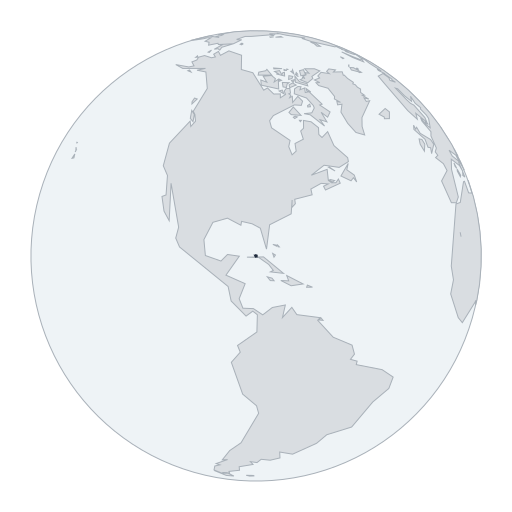 globe centered on Artemisa, rotated 16°
{"feature_id": "CUB-1429", "entity_name": "Artemisa", "entity_type": "Province", "adm_level": 1, "iso_a3": "CUB", "parent_name": "Cuba", "parent_adm1": "", "projection": "orthographic", "projection_center": [-82.681, 22.816], "detail": "fine", "context": "on_globe", "style": "filled", "palette": "slate", "viewbox_px": 512, "rotation_deg": 16, "n_neighbors": 0, "source": "natural_earth", "source_scale": "10m", "svg_char_len": 9424}
<svg xmlns="http://www.w3.org/2000/svg" viewBox="0 0 512 512"><g transform="rotate(16 256 256)"><circle cx="256" cy="256" r="225" fill="#eef3f6" stroke="#a8b0b8"/><path d="M273.5,312.1L268.1,309.9L263.0,316.5L244.5,306.1L237.6,293.0L180.0,268.4L173.9,260.9L173.7,249.6L154.3,209.5L162.8,246.0L155.2,238.2L149.2,224.7L152.7,222.1L148.7,203.0L142.0,194.8L141.7,171.4L155.5,144.5L157.6,149.5L160.7,143.1L158.2,136.7L155.8,134.2L163.0,108.4L157.1,92.9L148.1,93.7L155.7,89.6L133.9,95.9L126.1,94.1L139.3,92.8L144.0,90.3L140.9,87.1L145.1,83.9L146.0,80.7L151.3,77.5L158.6,77.7L162.1,75.8L159.7,73.7L163.5,69.7L166.5,72.9L173.4,66.3L186.8,67.0L190.5,80.8L202.4,80.7L217.7,94.5L220.7,91.3L228.4,95.4L234.7,93.5L235.8,97.2L239.9,92.6L237.7,89.7L238.8,86.8L242.3,85.6L244.3,89.9L242.8,91.1L245.2,91.8L244.7,94.6L246.9,92.5L248.9,98.3L252.2,91.0L258.1,94.3L258.0,98.7L251.2,100.2L234.0,116.2L231.8,122.2L235.6,128.5L256.9,135.5L257.3,141.8L262.8,148.8L265.7,144.1L262.5,137.1L269.3,130.7L264.5,123.5L266.5,120.1L264.3,112.6L272.0,111.8L280.7,115.4L282.9,121.9L286.8,123.9L290.6,116.7L300.5,128.4L317.0,136.2L318.8,139.8L311.5,147.9L296.4,150.0L286.9,163.1L300.5,153.1L304.7,163.4L308.5,164.8L312.6,163.6L314.0,159.3L316.9,162.8L304.6,173.4L301.7,170.3L305.6,166.8L298.6,168.2L290.3,176.5L293.1,181.7L277.6,190.8L279.4,194.9L277.1,199.5L275.3,192.2L278.2,205.8L260.5,222.2L264.2,246.5L252.5,228.1L243.4,226.1L232.6,226.7L233.0,230.6L218.1,227.5L205.3,235.5L201.4,254.6L207.2,269.5L223.7,270.5L228.2,262.4L240.0,260.8L232.4,282.7L253.2,285.6L251.6,301.7L257.8,309.8L268.0,307.3L278.7,310.7L285.9,301.0L297.7,295.0L298.4,307.9L304.6,295.5L311.4,301.1L334.6,297.6L333.0,300.8L352.6,312.8L372.9,315.2L377.7,323.2L375.3,329.3L382.2,329.2L382.3,332.8L408.6,330.5L421.2,334.6L420.2,346.7L408.5,364.1L395.1,394.0L373.3,408.3L365.9,419.3L345.8,436.4L332.8,437.9L334.7,443.5L325.9,448.4L317.0,450.0L313.9,454.3L307.3,455.2L310.6,457.2L297.9,463.2L299.2,466.5L289.4,470.5L290.5,472.1L287.5,472.3L283.9,473.2L282.9,474.1L274.6,473.2L274.3,469.2L278.9,466.7L274.9,466.5L284.8,459.5L279.8,461.2L284.4,450.2L293.1,439.7L301.9,406.5L297.8,399.8L281.3,392.5L261.6,365.0L267.4,352.8L262.9,347.1L277.8,328.8L273.5,312.1ZM52.2,212.8L53.7,207.8L53.9,211.9L52.2,212.8ZM53.9,204.1L53.5,205.9L53.7,204.3L53.9,204.1ZM53.6,202.5L53.8,203.7L53.3,202.8L53.6,202.5ZM52.9,201.0L53.3,201.6L53.2,201.7L52.9,201.0ZM263.5,254.8L287.2,265.1L274.2,267.3L276.6,265.1L270.5,260.6L259.2,256.7L247.6,259.6L263.5,254.8ZM52.5,197.1L52.5,196.0L53.0,196.1L52.5,197.1ZM273.1,240.9L269.0,240.2L272.9,239.9L273.1,240.9ZM154.1,133.7L157.7,137.0L158.4,144.2L154.9,141.8L154.1,133.7ZM153.4,121.1L156.2,121.3L152.5,127.5L152.0,125.4L153.4,121.1ZM140.8,95.5L142.9,97.1L139.4,96.7L140.8,95.5ZM145.2,80.9L143.3,81.6L144.6,79.7L145.2,80.9ZM260.3,113.6L262.3,113.1L261.6,114.7L260.3,113.6ZM257.4,110.9L255.3,113.2L253.6,112.3L255.0,110.9L257.4,110.9ZM153.8,73.2L156.5,70.3L155.0,73.2L153.8,73.2ZM260.5,108.4L250.9,110.4L248.1,108.9L250.8,102.5L260.5,108.4ZM158.9,68.7L165.3,62.4L161.5,63.1L175.8,58.2L165.6,64.8L164.4,68.1L162.4,67.2L158.9,68.7ZM235.5,89.3L238.0,92.4L232.7,91.0L235.5,89.3ZM231.8,89.2L214.0,90.3L212.1,85.5L218.5,85.9L213.4,81.2L221.2,78.2L225.8,80.2L225.5,83.7L228.7,80.0L231.8,89.2ZM182.7,56.8L185.3,55.6L183.9,57.0L182.7,56.8ZM238.8,85.6L235.4,86.0L233.5,81.9L240.0,80.3L238.5,82.1L238.8,85.6ZM208.2,81.5L208.0,78.5L214.3,75.2L215.0,73.6L221.3,77.8L208.2,81.5ZM240.7,82.4L243.4,79.6L247.5,80.6L242.0,84.9L240.7,82.4ZM230.2,81.6L229.6,79.6L232.1,80.1L230.2,81.6ZM263.4,83.2L259.4,83.4L258.0,81.2L263.4,83.2ZM244.1,78.6L242.7,78.3L241.7,77.5L244.2,76.0L244.1,78.6ZM225.3,75.4L227.9,74.8L223.0,73.5L227.5,71.3L230.9,74.6L231.3,72.3L232.7,71.6L233.9,75.1L225.3,75.4ZM243.8,72.4L249.7,76.4L257.5,76.3L258.9,78.2L246.0,78.1L243.8,72.4ZM237.9,73.6L241.9,73.2L241.6,75.5L238.7,77.3L237.9,73.6ZM229.4,68.7L221.6,71.2L221.1,70.4L229.4,68.7ZM246.2,71.8L244.7,70.9L246.8,71.5L246.2,71.8ZM234.6,69.1L231.9,69.9L231.5,69.0L234.6,69.1ZM244.1,68.5L245.9,69.7L244.0,70.8L244.1,68.5ZM239.8,68.3L239.8,66.9L242.2,70.5L238.6,68.9L239.8,68.3ZM234.6,68.1L233.5,67.8L235.8,67.8L234.6,68.1ZM250.2,63.8L253.7,68.1L249.5,70.4L246.7,65.9L250.2,63.8ZM287.9,475.1L275.0,473.7L282.5,474.4L289.2,472.5L295.4,473.6L287.9,475.1ZM307.0,469.5L313.8,467.7L315.0,467.9L310.6,469.3L307.0,469.5ZM422.6,104.3L420.6,102.2L416.8,98.2L422.6,104.3ZM399.4,82.3L399.4,82.2L398.2,81.3L399.4,82.3ZM396.5,79.9L398.1,81.3L411.5,93.1L414.1,95.5L421.8,104.2L426.8,109.2L431.0,114.3L424.1,107.9L420.3,104.0L412.4,101.1L417.1,105.8L424.9,109.1L425.1,110.3L431.5,117.7L426.7,113.0L417.0,109.1L420.1,118.9L434.2,143.5L433.9,149.6L429.1,150.9L413.7,132.7L416.1,121.2L410.7,115.6L401.5,111.9L403.0,109.1L399.6,106.5L399.6,102.5L391.1,92.4L389.9,88.3L378.3,80.6L376.1,77.8L383.6,82.9L388.1,84.7L384.0,76.2L380.8,73.5L373.6,69.4L373.4,68.1L366.9,65.3L360.5,59.9L362.9,64.5L354.5,61.0L346.1,56.2L343.8,56.2L357.4,64.1L362.5,66.7L366.1,67.4L380.2,76.4L383.4,80.3L370.3,74.8L373.4,80.1L361.8,74.4L332.1,54.9L323.9,49.4L327.8,45.6L334.5,48.0L336.4,50.3L342.2,50.5L338.1,49.3L337.9,48.5L329.9,45.7L329.3,45.1L322.5,43.9L320.9,42.8L325.3,43.5L312.0,39.5L306.6,37.4L303.9,36.9L302.5,37.0L296.5,34.8L294.7,34.6L296.0,35.1L293.3,35.2L286.2,34.8L284.6,34.0L286.9,34.0L289.3,33.5L295.7,34.3L294.3,34.0L288.3,33.2L285.4,33.8L281.6,33.8L282.0,33.1L281.6,33.4L279.2,33.2L275.2,32.5L274.3,33.2L250.1,34.6L240.1,34.2L243.1,32.9L224.5,35.4L214.6,36.1L215.8,36.4L207.6,38.7L210.6,38.4L210.6,38.8L191.0,46.2L185.1,47.9L178.0,52.9L178.6,53.2L182.6,52.1L175.8,58.2L161.5,63.1L160.8,62.0L152.3,66.4L152.0,63.5L147.9,63.6L152.5,58.7L148.8,59.8L145.9,61.5L138.7,64.8L133.9,66.7L150.6,57.4L160.3,56.1L157.5,55.6L161.9,53.6L163.3,52.4L161.0,52.6L158.3,53.8L173.5,46.4L188.4,41.1L203.6,36.9L219.0,33.8L234.6,31.7L250.3,30.8L266.0,30.9L281.7,32.2L297.3,34.5L312.7,38.0L327.7,42.4L342.5,48.0L356.8,54.5L370.6,62.1L383.9,70.5L396.5,79.9ZM480.6,238.6L480.5,236.9L480.6,242.7L479.6,237.9L479.2,240.4L472.7,263.2L467.4,259.5L453.6,238.8L452.4,224.5L446.5,211.9L433.9,150.9L437.6,148.2L435.0,127.4L435.8,126.7L443.0,136.7L446.5,136.0L439.5,125.3L439.0,124.6L448.7,139.2L457.2,154.6L464.5,170.6L470.5,187.1L475.2,204.0L478.6,221.2L480.6,238.6ZM445.7,176.9L447.8,180.9L445.7,176.9ZM335.3,297.4L338.2,299.4L334.5,300.1L335.3,297.4ZM272.6,272.9L277.5,272.9L280.2,274.8L276.5,275.7L272.6,272.9ZM313.4,269.8L318.9,270.4L313.3,272.1L313.4,269.8ZM290.9,266.3L309.0,269.9L298.0,274.9L286.6,272.7L294.3,270.9L290.9,266.3ZM271.3,248.9L274.4,249.7L273.6,252.2L271.3,248.9ZM275.9,240.8L274.8,241.1L273.1,239.1L275.9,240.8ZM305.4,162.8L306.5,162.0L310.8,161.8L309.1,163.8L305.4,162.8ZM328.1,151.1L332.4,157.1L328.1,153.9L326.6,157.5L315.6,155.7L319.1,141.6L319.5,148.1L328.1,151.1ZM302.0,150.3L308.6,152.5L301.3,150.7L302.0,150.3ZM380.5,98.5L383.3,98.2L387.4,101.9L389.0,108.8L383.0,103.3L380.5,98.5ZM386.3,97.2L372.9,90.8L371.4,86.8L374.5,90.0L374.9,88.0L380.0,92.8L391.7,95.9L396.1,99.6L396.6,109.2L394.0,103.8L391.4,104.1L386.3,97.2ZM341.0,87.1L335.2,85.8L339.5,78.6L344.5,80.7L346.4,87.2L341.6,88.6L341.0,87.1ZM267.2,97.5L264.7,98.5L264.1,97.2L265.8,95.2L267.2,97.5ZM261.7,83.5L277.7,91.8L275.6,93.3L287.5,97.1L286.6,102.8L279.0,99.9L287.2,107.5L279.9,107.3L286.1,112.2L269.2,105.3L263.0,105.9L270.2,103.0L271.2,97.7L269.7,95.6L261.0,90.2L248.1,89.5L247.0,84.7L249.6,81.5L252.6,80.9L252.4,84.1L256.4,81.1L258.3,85.3L261.7,83.5ZM281.1,55.2L279.7,57.8L288.1,55.2L290.1,58.2L291.0,57.8L295.1,60.1L301.7,62.2L301.6,63.8L304.2,64.0L307.0,65.8L310.5,66.7L311.5,70.0L315.9,71.5L313.9,72.2L321.2,74.1L316.3,74.3L319.4,77.0L322.5,75.4L319.7,93.7L322.3,102.3L327.1,109.7L318.0,109.7L307.6,103.2L298.0,94.3L296.8,86.4L292.8,88.2L291.1,85.1L294.9,85.0L288.0,83.4L287.6,81.0L279.0,74.9L269.3,74.9L265.9,72.9L269.5,71.7L263.6,70.7L268.1,67.3L265.8,65.9L267.9,61.5L276.2,60.5L273.0,59.1L274.4,56.1L281.1,55.2ZM251.1,62.6L260.5,59.9L266.3,60.5L260.2,68.0L261.7,69.7L258.0,75.2L249.8,74.4L251.6,72.8L251.4,71.2L254.1,72.1L251.8,70.1L254.2,68.1L253.2,66.1L256.5,65.7L251.1,62.6ZM432.5,121.5L432.3,120.4L431.2,117.7L435.1,122.6L432.5,121.5ZM426.1,118.9L425.4,117.0L430.5,122.0L430.6,123.5L426.1,118.9ZM420.6,112.0L424.9,116.5L422.7,115.0L420.6,112.0ZM382.4,81.2L381.1,79.3L382.7,80.0L385.4,82.1L382.4,81.2ZM306.7,50.4L304.9,51.2L303.5,50.7L296.4,50.9L294.4,48.9L297.8,48.1L306.7,50.4ZM431.9,115.2L432.6,116.2L431.5,114.8L431.2,114.4L431.9,115.2ZM303.3,48.3L300.6,48.5L301.2,47.5L303.3,48.3ZM292.5,47.6L292.5,46.3L293.3,48.7L292.5,47.6ZM282.1,36.2L294.2,37.7L301.6,38.4L303.6,37.8L305.9,39.7L294.6,38.6L282.1,36.2ZM254.3,34.7L252.5,35.8L249.8,35.4L249.8,35.1L254.3,34.7ZM255.7,35.3L260.0,36.7L256.8,37.5L254.0,36.2L255.7,35.3ZM282.1,41.2L285.8,41.7L285.2,42.4L282.1,41.2ZM183.8,55.3L185.2,55.5L182.6,56.2L183.8,55.3ZM212.4,38.6L211.9,39.3L209.0,39.8L212.4,38.6ZM209.0,41.6L212.6,40.5L209.4,41.9L209.0,41.6ZM220.7,38.4L214.4,40.3L219.4,38.1L220.7,38.4Z" fill="#d9dde1" stroke="#a8b0b8" stroke-width="1"/><path d="M255.0,255.3L255.1,255.2L255.3,255.1L255.5,255.2L255.9,255.1L256.2,255.1L256.3,255.1L256.5,255.0L256.8,255.3L256.9,255.6L256.8,255.8L256.8,256.1L257.0,256.3L257.0,256.5L256.8,256.5L256.6,256.5L256.3,256.5L256.2,256.5L255.8,256.4L255.7,256.4L255.6,256.5L255.6,256.8L255.4,256.7L255.2,256.4L255.1,256.2L254.9,256.0L255.0,256.0L255.1,255.9L255.0,255.6L255.0,255.4L255.0,255.3ZM256.6,256.8L256.6,257.0L256.6,256.7L256.6,256.8Z" fill="#64748b" stroke="#1e293b" stroke-width="1.5"/></g></svg>